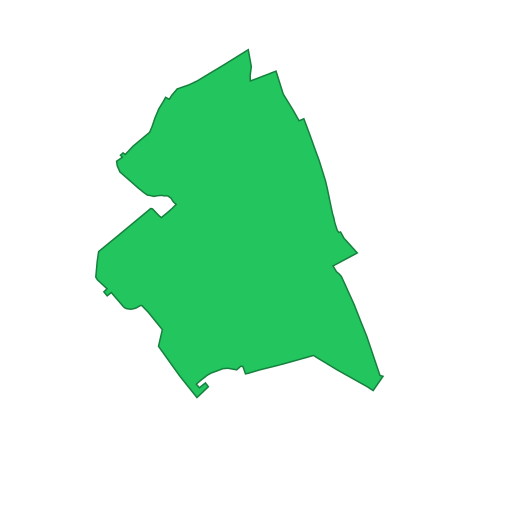 Muski, Al Qahirah, Egypt (Albers equal-area conic projection), rotated 318°
{"feature_id": "37247803B88500614059504", "entity_name": "Muski", "entity_type": "district", "adm_level": 2, "iso_a3": "EGY", "parent_name": "Egypt", "parent_adm1": "Al Qahirah", "projection": "albers", "projection_center": [31.252, 30.05], "detail": "fine", "context": "isolated", "style": "filled", "palette": "green", "viewbox_px": 512, "rotation_deg": 318, "n_neighbors": 0, "source": "geoboundaries", "source_scale": "gbopen_adm2", "svg_char_len": 2157}
<svg xmlns="http://www.w3.org/2000/svg" viewBox="0 0 512 512"><g transform="rotate(318 256 256)"><path d="M253.0,434.4L269.9,430.4L269.0,429.0L268.2,427.7L284.7,389.5L289.9,375.2L296.5,357.6L305.7,328.6L305.8,325.1L305.7,324.3L305.3,321.5L306.6,314.9L333.3,321.5L333.3,307.7L333.3,304.8L333.2,301.9L333.5,300.7L334.9,294.7L333.9,294.2L333.3,293.9L333.5,291.4L336.6,284.5L337.8,282.3L339.1,280.2L341.5,275.2L354.3,253.3L357.8,246.9L366.8,227.4L372.0,214.4L374.7,207.9L375.6,205.6L376.6,203.3L383.4,186.0L380.9,185.2L378.5,184.3L381.3,171.9L384.6,153.9L394.6,132.0L374.6,124.4L368.9,122.1L372.5,117.9L379.2,112.2L388.3,97.5L365.5,93.4L364.2,93.2L362.9,93.0L337.6,88.1L329.6,86.6L320.3,83.8L309.3,79.1L301.0,80.2L296.5,81.5L295.7,79.6L295.0,77.6L291.0,79.0L282.3,81.6L273.1,85.9L265.5,90.2L262.9,91.4L261.1,92.3L259.6,92.9L238.1,92.1L226.8,93.1L226.5,91.8L226.2,90.4L222.7,90.4L222.7,92.2L222.7,93.2L219.6,92.8L215.8,92.3L214.8,93.8L213.3,96.0L211.1,102.4L214.0,127.2L214.6,130.5L214.6,130.9L215.0,133.5L216.0,138.0L216.9,139.1L217.8,140.2L220.0,143.4L223.0,145.2L225.0,146.7L226.6,148.0L228.0,149.9L230.6,152.1L231.5,156.2L231.1,158.4L231.0,159.1L230.8,160.9L231.2,164.2L226.1,164.5L223.1,164.5L220.2,164.5L211.3,164.1L211.1,162.6L210.9,161.2L210.6,151.7L209.5,150.2L206.1,150.1L166.0,148.5L144.5,147.5L143.2,147.5L142.0,147.4L134.2,153.9L122.8,164.5L122.5,166.1L122.2,167.7L123.4,180.7L120.3,180.8L119.0,180.8L118.8,184.5L118.7,186.0L120.1,186.1L124.0,186.3L123.6,203.6L123.6,204.7L123.7,206.3L124.4,208.3L126.9,211.3L128.2,212.4L130.2,213.5L132.0,214.4L136.8,215.4L138.0,216.4L138.1,220.7L138.3,225.2L137.1,248.2L136.4,248.6L135.6,249.1L123.1,257.9L119.0,294.3L117.4,321.7L133.1,321.3L133.5,316.5L130.4,316.3L125.8,316.0L125.9,311.3L132.8,311.5L140.1,312.0L142.3,312.5L144.4,313.0L148.8,314.8L156.2,317.7L158.0,319.1L159.9,320.5L163.7,325.4L164.6,326.5L165.5,327.7L168.8,327.7L170.9,327.7L171.6,328.5L172.3,329.3L171.2,332.1L169.3,336.6L170.6,337.3L171.8,338.0L183.3,343.5L197.3,351.0L210.9,357.9L217.2,361.0L232.2,368.4L232.7,370.1L233.1,371.7L240.1,394.9L251.3,427.9L252.1,431.1L253.0,434.4Z" fill="#22c55e" stroke="#15803d" stroke-width="1.5"/></g></svg>